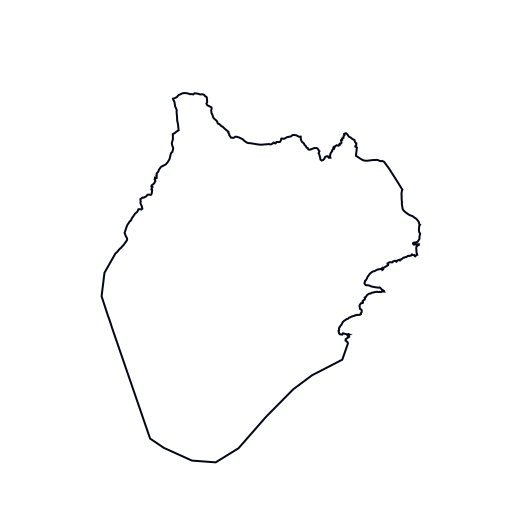 the district of Kpando Municipal, Volta, Ghana, rotated 249°
{"feature_id": "2480657B39800519073464", "entity_name": "Kpando Municipal", "entity_type": "district", "adm_level": 2, "iso_a3": "GHA", "parent_name": "Ghana", "parent_adm1": "Volta", "projection": "orthographic", "projection_center": [0.337, 7.0], "detail": "fine", "context": "isolated", "style": "outline", "palette": "ink", "viewbox_px": 512, "rotation_deg": 249, "n_neighbors": 0, "source": "geoboundaries", "source_scale": "gbopen_adm2", "svg_char_len": 6122}
<svg xmlns="http://www.w3.org/2000/svg" viewBox="0 0 512 512"><g transform="rotate(249 256 256)"><path d="M294.6,108.5L273.7,97.4L253.9,96.4L245.5,96.2L241.6,95.9L123.5,91.7L109.9,101.2L88.0,122.8L77.8,144.4L82.8,170.8L102.3,207.8L118.3,243.2L124.6,265.7L128.3,299.4L141.3,310.4L142.5,310.6L144.3,309.8L144.9,309.3L146.2,309.9L147.1,313.7L147.3,314.1L147.6,314.1L147.7,313.7L148.2,313.2L149.0,312.9L149.4,313.0L149.4,313.6L149.2,313.8L149.3,314.0L149.8,313.6L149.5,314.8L150.1,314.2L150.1,313.3L150.8,312.0L152.7,309.4L151.7,308.4L152.7,306.5L153.9,305.8L154.6,306.0L155.8,306.0L156.4,306.5L156.8,306.4L157.3,307.1L158.4,307.4L159.5,308.2L159.9,309.2L160.4,309.6L161.0,310.6L161.2,311.2L163.2,313.3L163.8,314.7L164.6,318.0L164.5,319.5L165.1,321.0L165.0,321.8L165.2,323.4L164.9,327.0L165.1,327.2L164.8,329.2L163.9,331.8L164.0,332.6L164.2,332.8L164.2,333.1L164.9,333.2L165.6,334.4L166.6,335.0L168.1,335.2L168.7,334.6L169.4,334.1L172.5,334.8L173.3,335.6L174.3,337.1L173.9,338.4L174.0,339.1L174.8,339.4L175.4,339.2L176.0,339.8L176.4,342.0L177.0,342.4L178.2,342.5L178.5,344.1L178.8,344.3L179.9,346.1L180.3,348.1L179.9,349.7L180.2,350.7L179.5,355.2L179.2,356.2L178.5,357.2L178.3,358.4L177.5,359.6L177.5,360.5L177.8,361.1L177.8,361.8L177.1,362.3L176.8,363.0L177.5,363.0L178.7,362.2L179.3,361.5L180.8,361.0L182.3,360.2L182.6,358.9L184.4,355.6L186.3,352.7L188.1,350.9L189.5,348.0L191.2,347.4L192.5,347.9L193.0,348.8L193.8,349.0L194.3,350.3L195.0,351.2L196.6,352.8L198.6,355.9L199.3,357.8L199.7,359.6L199.4,361.4L199.8,363.8L199.6,365.9L199.0,368.6L199.3,369.1L197.7,368.9L197.8,369.5L198.3,370.2L199.2,370.7L200.1,375.9L200.4,376.3L201.4,375.9L201.9,376.1L202.3,378.1L202.1,378.9L201.2,381.1L201.8,381.6L201.8,383.7L201.3,384.9L200.6,384.8L200.3,385.1L201.1,386.0L201.1,387.7L200.4,388.6L201.0,388.9L201.0,389.4L200.7,390.0L201.6,393.1L201.3,394.1L201.5,395.0L201.1,396.0L201.6,397.5L201.6,398.3L201.1,398.8L201.1,400.0L200.8,400.8L201.6,402.2L200.7,402.7L200.5,403.2L200.1,403.6L200.0,404.2L198.9,404.3L198.6,404.6L199.4,406.0L199.3,406.9L201.6,407.1L206.2,408.5L207.1,409.1L207.8,410.4L207.9,411.9L208.5,412.3L209.2,410.7L210.0,407.5L210.6,407.1L211.6,407.1L212.0,407.7L211.5,409.7L211.3,411.8L213.2,414.5L213.6,414.8L215.8,415.7L217.9,417.2L219.9,416.9L222.2,417.5L225.5,419.1L226.3,420.3L226.9,419.9L227.7,419.9L228.8,420.1L230.1,420.0L232.3,419.4L234.0,418.5L234.9,417.8L237.2,416.4L238.9,414.3L240.4,413.1L243.5,411.1L245.3,410.2L246.9,409.8L248.1,409.9L252.7,410.9L253.9,411.7L254.9,411.7L259.8,413.4L262.4,414.3L264.9,415.8L265.4,416.4L274.4,414.7L290.1,411.5L297.8,409.4L299.5,407.9L299.8,406.6L300.6,405.3L302.1,404.0L303.7,399.5L305.1,393.9L305.7,392.4L306.7,390.7L308.5,389.0L313.8,385.2L321.2,389.1L322.6,387.9L323.2,388.4L323.7,389.4L325.3,390.1L325.7,389.7L327.0,389.3L328.9,389.5L330.9,387.8L332.7,386.8L333.7,385.9L334.7,385.3L336.7,384.9L338.4,384.0L338.5,383.3L338.4,382.0L338.1,381.8L337.1,381.9L336.9,381.8L336.5,380.7L335.0,380.0L335.2,379.4L334.8,378.4L334.5,378.2L334.2,378.5L333.6,378.2L333.9,377.5L333.8,377.0L333.4,376.7L332.2,376.7L331.0,376.3L330.5,375.3L330.5,375.0L330.9,374.5L330.5,373.9L330.0,374.2L329.6,373.9L329.4,372.7L329.5,372.2L330.5,371.1L330.0,369.1L329.2,368.3L329.9,368.4L330.1,368.2L329.8,367.6L329.5,367.0L328.0,366.3L327.8,365.6L327.3,364.9L327.1,364.7L326.6,364.7L325.7,363.2L324.2,361.6L322.4,360.8L321.1,360.7L321.5,359.3L322.3,358.9L323.4,358.8L323.8,357.6L323.7,355.9L322.1,354.5L321.9,354.0L321.6,353.0L321.6,351.5L322.9,350.8L323.4,350.8L324.7,351.1L328.5,351.5L329.6,351.3L331.1,352.8L332.0,352.4L334.1,352.1L334.6,351.7L335.2,351.0L335.7,349.6L335.9,348.7L335.9,344.7L336.1,343.9L336.6,343.2L337.2,343.0L338.1,343.0L339.2,342.0L341.3,341.8L342.2,341.1L343.7,341.1L344.5,340.8L345.9,339.9L346.4,339.8L348.5,339.6L351.4,340.5L351.9,338.9L354.2,336.9L355.2,335.2L355.8,333.7L355.1,331.3L355.5,329.5L355.8,327.1L355.3,324.5L355.5,323.7L356.4,322.5L356.5,321.7L354.6,320.3L353.9,319.2L354.1,318.3L355.1,316.0L354.3,315.0L354.1,314.5L354.6,313.9L355.4,313.4L355.6,313.0L354.9,311.3L354.9,309.9L355.1,309.2L355.8,308.3L356.0,307.7L358.1,300.5L359.4,297.9L363.6,290.7L364.1,289.3L365.2,288.1L367.3,286.6L369.8,285.4L372.6,282.8L374.1,280.9L374.7,279.8L374.4,277.4L374.8,276.3L375.5,275.1L378.6,274.3L379.5,274.7L381.2,274.3L381.5,274.7L381.8,274.8L386.2,272.3L388.6,271.3L389.4,270.4L390.1,270.0L392.2,269.1L393.1,268.0L393.7,267.8L395.4,267.9L396.3,267.7L399.6,266.0L400.7,265.7L402.9,265.9L405.5,265.7L408.1,266.4L409.7,267.5L410.6,267.7L411.6,267.0L414.1,264.6L415.9,264.3L416.3,264.5L416.9,265.3L417.8,265.8L421.8,266.9L422.6,266.6L423.1,265.9L425.1,265.3L426.1,264.1L426.9,261.7L428.3,260.0L429.7,257.5L429.9,256.7L429.5,255.9L429.4,255.1L430.2,254.0L430.7,252.4L432.6,250.1L434.0,247.1L434.2,245.6L434.0,241.8L433.7,240.8L432.7,239.0L432.5,237.0L432.6,234.9L431.1,234.8L429.6,235.1L428.8,235.0L424.3,234.1L422.5,234.3L420.5,234.2L420.0,234.1L419.3,233.6L413.9,232.0L413.1,231.8L410.9,231.0L407.0,230.4L401.1,228.8L400.6,226.2L399.9,224.3L399.6,222.0L394.8,220.3L392.2,218.3L391.1,217.7L388.8,217.4L386.4,217.4L383.2,215.3L382.6,213.8L381.7,212.9L378.4,210.7L377.3,209.8L375.3,207.3L373.9,204.7L373.7,203.4L373.5,201.7L373.6,201.2L373.3,200.4L373.3,199.4L372.4,197.9L371.2,196.2L369.8,195.0L368.7,192.9L367.9,192.7L367.2,192.0L366.9,192.2L364.5,191.2L365.4,189.8L364.4,189.4L364.2,189.0L364.0,188.9L363.7,189.3L363.3,189.3L362.6,188.9L361.7,188.7L361.3,188.0L360.3,186.9L359.6,185.0L359.5,184.3L358.8,183.4L357.5,184.1L357.1,183.1L356.6,183.0L355.6,182.2L355.1,182.8L354.7,182.7L352.0,181.2L350.9,180.2L350.8,179.6L352.0,177.3L351.9,176.4L351.0,174.7L350.7,172.0L351.2,171.2L351.2,170.8L350.7,169.4L350.6,168.6L350.0,168.2L348.2,167.9L347.6,167.4L347.0,167.2L345.5,167.0L343.5,167.3L342.7,167.0L341.2,167.0L340.8,166.7L340.5,165.8L341.7,163.5L341.7,162.8L340.7,162.0L339.8,160.9L338.8,158.1L336.8,155.4L336.1,154.0L333.9,151.9L333.6,150.5L332.1,148.6L331.5,147.5L329.9,145.9L324.7,141.6L321.3,141.6L319.1,141.9L317.8,141.7L316.9,141.1L313.7,136.3L313.0,134.7L312.0,133.0L311.5,131.3L309.5,127.7L308.7,125.6L294.6,108.5Z" fill="none" stroke="#020617" stroke-width="2"/></g></svg>